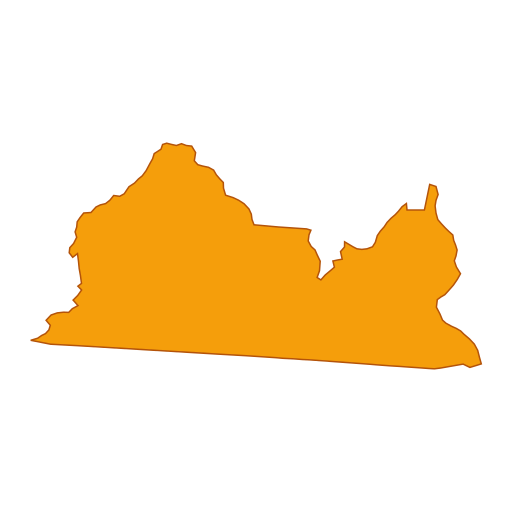 Siderópolis, Santa Catarina, Brazil (Albers equal-area conic projection)
{"feature_id": "56859067B27170583635487", "entity_name": "Siderópolis", "entity_type": "district", "adm_level": 2, "iso_a3": "BRA", "parent_name": "Brazil", "parent_adm1": "Santa Catarina", "projection": "albers", "projection_center": [-49.514, -28.569], "detail": "fine", "context": "isolated", "style": "filled", "palette": "amber", "viewbox_px": 512, "rotation_deg": 0, "n_neighbors": 0, "source": "geoboundaries", "source_scale": "gbopen_adm2", "svg_char_len": 2159}
<svg xmlns="http://www.w3.org/2000/svg" viewBox="0 0 512 512"><path d="M30.7,340.3L50.5,344.2L78.2,345.7L217.7,354.1L245.9,355.7L276.3,357.7L282.9,358.3L293.3,358.8L302.5,359.5L309.1,359.8L362.5,363.7L370.6,364.3L376.3,364.8L389.7,365.8L399.5,366.4L406.3,366.9L418.1,367.7L429.0,368.5L434.4,368.8L440.8,368.0L463.1,364.1L469.9,367.4L476.5,365.4L481.3,363.9L479.4,357.1L477.7,350.4L474.3,344.1L469.3,338.8L463.8,334.1L460.7,331.0L456.3,328.4L451.6,326.3L445.9,323.2L442.5,320.1L440.0,314.1L436.4,307.2L437.3,299.6L440.7,297.1L444.8,294.7L448.2,291.0L453.4,285.1L457.3,279.4L460.5,273.7L456.4,267.0L454.3,260.8L456.0,255.9L457.1,250.0L455.5,244.9L453.7,240.4L452.8,235.0L448.9,231.5L445.3,228.0L441.4,223.8L437.8,219.6L436.0,213.0L435.1,205.9L436.0,200.4L438.1,194.5L436.0,186.5L429.7,184.4L424.4,210.0L407.0,210.0L406.4,203.5L402.1,206.7L398.4,211.3L395.2,214.7L391.0,218.3L387.1,222.4L384.2,226.8L380.3,231.2L377.3,235.6L375.3,242.4L372.5,246.8L367.0,248.8L361.8,249.4L356.9,248.8L353.0,246.8L344.6,241.8L344.5,247.0L340.5,251.6L342.2,259.2L337.5,260.0L332.9,261.0L334.4,267.2L330.2,270.8L325.2,275.0L320.9,279.9L317.1,277.5L319.5,270.8L320.2,261.2L317.1,254.7L315.0,249.9L311.2,246.5L308.2,241.0L309.0,234.8L310.9,230.2L306.6,228.9L278.6,227.0L254.0,224.8L252.0,219.5L251.3,214.1L248.9,208.9L244.0,203.7L238.6,200.2L233.1,197.6L225.6,195.2L223.5,188.2L223.3,182.5L220.1,179.2L216.3,174.8L213.6,170.1L208.5,167.3L202.4,166.0L197.8,164.7L194.3,160.8L195.6,152.6L191.7,146.1L186.3,145.5L181.5,143.7L176.4,145.5L171.0,144.3L166.7,143.2L162.6,144.5L161.0,149.2L154.2,153.6L152.6,158.8L150.0,163.4L146.1,170.7L142.3,175.8L138.5,178.9L134.5,183.1L129.0,186.7L124.2,193.8L119.7,196.3L113.7,195.5L109.9,200.2L105.6,203.6L100.3,204.9L96.0,207.0L91.0,212.5L83.7,213.0L80.1,217.5L77.2,221.8L76.7,227.1L75.1,231.9L76.7,237.3L73.6,243.5L69.8,247.7L69.2,252.8L72.7,257.3L77.5,253.6L78.5,261.4L79.2,268.6L80.4,275.3L81.5,283.4L77.9,286.2L81.6,290.0L77.7,295.5L73.1,300.1L78.0,305.6L72.3,308.7L68.7,312.4L63.6,312.2L57.2,312.9L51.1,315.0L46.1,320.3L50.3,325.3L48.9,329.9L45.5,333.6L41.6,335.5L37.7,338.2L30.7,340.3Z" fill="#f59e0b" stroke="#b45309" stroke-width="1.5"/></svg>